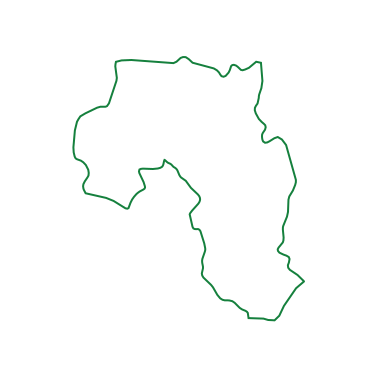 map outline of Aragatsotn (Robinson projection), rotated 254°
{"feature_id": "ARM-1553", "entity_name": "Aragatsotn", "entity_type": "Province", "adm_level": 1, "iso_a3": "ARM", "parent_name": "Armenia", "parent_adm1": "", "projection": "robinson", "projection_center": [44.108, 40.464], "detail": "fine", "context": "isolated", "style": "outline", "palette": "green", "viewbox_px": 384, "rotation_deg": 254, "n_neighbors": 0, "source": "natural_earth", "source_scale": "10m", "svg_char_len": 2720}
<svg xmlns="http://www.w3.org/2000/svg" viewBox="0 0 384 384"><g transform="rotate(254 192 192)"><path d="M75.1,274.9L70.8,265.5L57.2,249.0L49.0,241.8L45.9,236.0L48.0,229.9L50.6,225.8L55.2,211.6L60.4,212.3L61.7,211.8L63.0,210.7L65.3,207.8L67.5,205.9L73.7,202.5L75.9,200.7L77.5,197.9L78.2,195.9L78.8,193.7L80.0,191.6L82.0,189.8L86.1,188.0L94.6,185.9L97.3,184.8L106.6,179.4L108.9,178.8L111.0,179.0L115.8,181.6L117.4,182.0L121.1,182.3L123.0,182.7L124.8,183.5L131.1,187.9L132.7,188.8L134.3,189.2L139.3,189.6L152.0,189.3L153.7,188.7L154.7,187.6L155.2,185.6L155.7,184.3L156.6,183.3L158.4,182.9L171.1,183.6L171.7,184.0L172.3,184.6L174.1,187.0L179.0,194.8L180.2,196.2L181.5,197.2L182.8,197.8L184.3,198.0L186.0,197.8L188.0,197.0L196.3,192.1L204.5,189.1L209.1,185.4L210.3,184.9L211.8,184.5L216.9,183.9L218.6,183.3L219.9,182.4L221.3,181.1L224.1,179.7L225.1,178.9L226.7,177.0L227.9,176.1L230.1,174.8L230.4,174.4L229.5,173.7L226.3,172.0L225.3,171.2L224.5,170.2L224.0,168.3L224.0,165.7L224.9,160.7L228.0,151.2L228.3,149.2L228.1,147.7L226.4,146.7L224.7,146.6L214.9,148.2L210.5,148.3L209.3,148.1L208.3,147.3L207.8,146.0L206.9,141.8L206.2,139.9L205.4,138.1L203.4,135.0L201.3,132.4L198.7,130.0L194.0,126.5L193.8,125.2L194.7,123.5L205.0,114.2L210.0,107.8L220.1,89.4L224.1,88.6L225.5,88.6L227.6,88.9L229.5,89.8L231.8,91.9L234.8,95.5L236.3,97.0L238.8,98.0L242.0,98.4L247.2,97.4L250.5,95.7L252.8,93.8L255.1,90.6L256.0,89.7L257.1,89.2L258.6,89.0L262.7,89.2L267.6,90.3L283.5,96.4L291.2,100.8L293.3,102.9L295.5,105.5L297.0,111.2L299.2,124.0L299.2,127.4L297.8,132.5L298.0,134.0L300.1,136.6L319.7,150.0L322.4,151.2L333.9,152.9L336.0,153.7L338.1,154.8L337.9,160.6L335.6,170.1L321.0,209.7L321.5,213.0L324.0,218.0L324.2,220.5L323.4,223.1L320.6,225.5L316.1,228.2L304.8,247.0L302.1,249.5L299.5,250.9L297.2,251.5L295.2,252.3L294.1,254.1L294.3,256.3L296.7,260.1L298.7,261.9L302.2,264.3L302.9,265.7L302.7,267.3L301.4,269.2L299.8,270.4L295.9,272.7L295.1,274.2L295.1,276.8L295.7,281.0L299.5,289.6L297.2,293.9L279.3,290.3L272.7,287.3L267.1,283.4L265.7,282.7L264.0,282.1L259.0,279.4L257.3,277.3L255.6,275.7L253.3,274.9L250.0,275.0L243.8,276.4L240.3,278.2L237.7,279.9L236.0,280.8L234.0,280.7L231.8,279.4L229.2,276.3L228.0,275.3L226.5,274.7L224.7,274.3L222.9,274.1L221.0,274.3L219.2,275.8L218.9,278.0L219.4,280.5L221.0,286.0L221.2,289.6L217.7,292.9L211.2,295.4L175.0,295.2L172.7,294.5L170.3,293.1L165.6,289.4L160.9,284.3L158.0,282.6L146.4,278.8L142.1,276.5L134.3,270.4L133.1,269.7L130.9,269.0L122.9,267.5L120.2,266.5L118.5,265.4L114.7,259.9L113.3,258.6L111.7,258.4L109.6,259.3L106.6,262.7L104.8,265.2L102.8,267.1L100.7,267.3L97.5,265.7L95.2,264.0L92.7,263.6L90.2,264.6L83.1,270.6L75.5,274.9L75.1,274.9Z" fill="none" stroke="#15803d" stroke-width="2"/></g></svg>